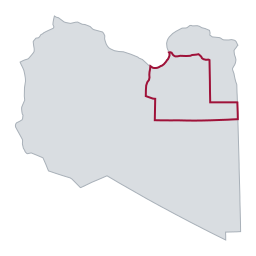 Libya, with Ajdabiya highlighted
{"feature_id": "LBY-2983", "entity_name": "Ajdabiya", "entity_type": "Municipality", "adm_level": 1, "iso_a3": "LBY", "parent_name": "Libya", "parent_adm1": "", "projection": "orthographic", "projection_center": [21.402, 29.135], "detail": "fine", "context": "in_parent", "style": "outline", "palette": "rose", "viewbox_px": 256, "rotation_deg": 0, "n_neighbors": 0, "source": "natural_earth", "source_scale": "10m", "svg_char_len": 4016}
<svg xmlns="http://www.w3.org/2000/svg" viewBox="0 0 256 256"><path d="M23.1,60.6L24.8,59.9L27.2,59.2L28.5,58.6L29.0,58.0L31.0,55.7L32.0,54.5L33.4,52.7L34.1,51.5L34.2,50.2L34.2,48.8L33.6,45.2L33.2,41.7L33.9,40.5L34.5,39.9L35.7,38.4L36.1,38.1L38.5,37.8L39.5,36.8L40.3,35.6L40.6,34.9L41.6,34.3L42.9,33.6L43.7,32.8L46.2,31.5L48.5,30.4L51.2,29.2L53.3,28.2L53.8,27.3L53.8,26.5L52.9,24.5L53.1,22.3L53.4,20.5L53.6,19.4L54.3,16.4L54.4,16.0L56.3,17.2L58.4,17.7L64.2,22.0L66.2,22.6L70.5,23.4L75.7,22.2L77.7,22.1L81.0,23.7L82.4,24.3L84.9,24.5L89.1,26.1L90.2,26.6L92.5,28.9L93.7,29.6L102.5,32.0L103.6,33.3L104.8,35.8L104.6,38.9L105.2,41.1L106.2,44.0L107.4,46.1L108.8,47.8L110.5,48.9L114.4,50.7L118.8,51.5L123.4,51.8L131.0,54.3L137.6,57.0L139.2,58.2L142.4,59.5L148.9,65.5L152.6,67.6L155.1,68.0L157.5,67.7L161.6,65.7L163.4,64.6L167.6,59.6L169.0,57.0L169.5,55.2L169.4,53.3L168.9,51.6L167.8,49.8L167.0,47.5L166.6,43.3L167.3,40.4L168.1,38.7L169.3,36.9L172.7,33.5L176.2,31.2L182.1,28.1L185.6,28.0L187.0,27.7L189.9,25.5L191.0,25.4L192.6,25.9L197.3,25.7L199.4,26.3L201.8,27.7L205.0,28.5L207.2,29.4L209.5,30.4L210.1,33.1L209.9,34.0L209.8,35.0L212.3,36.9L219.3,37.6L220.6,38.1L222.6,39.5L223.8,39.9L228.6,40.0L231.4,39.6L234.0,40.1L235.0,40.5L236.1,41.6L237.4,44.3L237.9,45.2L237.4,45.7L236.7,46.7L236.2,47.5L235.0,49.0L234.0,50.5L234.2,52.6L234.5,54.8L235.3,57.0L235.9,59.4L235.8,60.9L235.4,62.9L234.8,64.5L232.8,67.9L232.5,68.7L232.6,69.8L234.0,73.7L234.2,75.0L235.0,78.8L235.8,81.9L236.7,84.3L236.8,85.0L236.9,88.6L237.0,92.2L237.2,95.8L237.3,99.4L237.4,103.0L237.5,106.6L237.6,110.2L237.7,113.8L237.8,117.4L237.9,121.0L238.0,124.6L238.1,128.2L238.2,131.8L238.3,135.4L238.4,139.0L238.5,142.6L238.6,146.2L238.7,149.8L238.8,153.3L238.9,156.9L239.0,160.5L239.1,164.1L239.1,167.7L239.2,171.3L239.3,174.9L239.4,178.5L239.5,182.1L239.6,185.6L239.7,189.2L239.8,192.8L239.9,196.4L239.9,200.0L240.1,207.9L240.3,215.8L240.5,223.7L240.6,231.6L236.7,231.8L233.0,231.9L229.3,232.0L225.6,232.1L225.6,234.1L225.7,236.1L225.7,238.0L225.7,240.0L218.4,236.4L211.2,232.8L203.9,229.1L196.7,225.4L189.5,221.7L182.3,217.9L175.1,214.1L168.0,210.3L160.9,206.5L153.8,202.6L146.7,198.7L139.7,194.7L132.7,190.7L125.7,186.7L118.7,182.7L111.8,178.6L107.0,175.8L101.7,178.1L97.5,179.9L92.0,182.2L85.6,185.3L80.7,187.6L80.3,187.5L75.6,182.7L71.9,179.0L70.2,177.9L63.0,175.7L55.9,173.4L48.5,170.9L47.3,168.0L46.0,164.7L44.2,160.6L43.1,158.1L42.7,157.7L37.1,155.3L31.2,152.9L27.5,153.7L26.9,153.5L26.0,152.7L25.1,151.6L24.6,150.2L23.4,148.3L22.4,144.0L22.6,140.7L22.4,139.5L19.7,134.5L17.2,130.0L15.6,127.0L15.4,125.6L15.7,124.1L16.6,122.8L19.5,121.4L22.1,119.8L22.6,118.6L23.0,115.1L22.3,114.0L21.9,111.9L21.6,109.0L21.7,107.2L23.1,103.8L24.7,100.2L24.3,96.0L24.5,87.7L25.5,81.2L25.4,78.8L25.3,77.8L24.8,74.7L24.1,71.4L23.8,70.2L22.7,67.6L21.0,64.2L20.1,62.1L21.7,61.3L23.1,60.6Z" fill="#d9dde1" stroke="#a8b0b8" stroke-width="1"/><path d="M237.4,102.4L237.4,103.6L237.6,109.3L237.6,109.9L237.7,112.3L237.8,117.7L237.8,119.2L232.9,119.4L227.6,119.7L219.2,120.0L210.9,120.3L202.5,120.5L194.2,120.6L185.6,120.5L177.0,120.3L170.8,120.4L164.5,120.3L159.7,120.3L154.8,120.2L155.2,98.8L152.9,98.6L148.9,97.2L145.8,96.1L145.9,90.1L146.2,85.5L147.3,82.2L149.0,79.9L149.5,77.5L149.3,74.8L149.5,72.1L150.1,69.0L150.4,66.1L152.4,67.5L153.0,67.8L154.2,68.0L155.4,68.0L156.7,67.9L157.5,67.7L158.1,67.5L159.2,67.0L160.8,66.0L161.1,65.9L161.7,65.8L162.0,65.6L163.9,64.2L166.2,61.5L166.8,60.4L167.1,60.0L167.6,59.6L167.9,59.3L168.8,57.5L169.5,55.7L169.5,55.0L169.5,53.0L169.4,52.9L169.6,52.8L169.5,52.6L169.3,52.4L170.1,52.2L171.6,52.7L172.2,53.7L173.2,55.1L174.6,56.1L175.6,56.4L177.6,56.3L180.3,55.8L185.6,56.0L186.7,56.0L190.2,55.8L191.0,55.5L192.1,55.0L194.5,54.8L196.5,54.6L198.5,54.2L199.6,55.1L201.2,56.6L202.0,58.2L203.5,59.2L204.5,59.4L205.9,59.8L207.2,59.7L208.3,59.6L208.7,59.7L209.0,59.8L209.5,60.1L209.7,70.6L209.9,81.2L210.0,91.7L210.2,102.3L216.9,102.3L223.6,102.3L230.4,102.3L237.1,102.3L237.4,102.4L237.4,102.4Z" fill="none" stroke="#9f1239" stroke-width="2"/></svg>